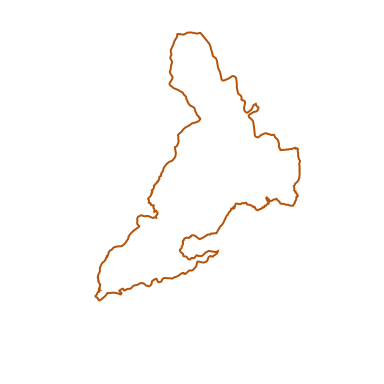 Sucre, Cauca, Colombia, rotated 211°
{"feature_id": "7082276B47769001538338", "entity_name": "Sucre", "entity_type": "district", "adm_level": 2, "iso_a3": "COL", "parent_name": "Colombia", "parent_adm1": "Cauca", "projection": "natural_earth1", "projection_center": [-76.921, 2.071], "detail": "fine", "context": "isolated", "style": "outline", "palette": "amber", "viewbox_px": 384, "rotation_deg": 211, "n_neighbors": 0, "source": "geoboundaries", "source_scale": "gbopen_adm2", "svg_char_len": 6053}
<svg xmlns="http://www.w3.org/2000/svg" viewBox="0 0 384 384"><g transform="rotate(211 192 192)"><path d="M285.8,319.4L285.6,319.3L284.8,317.2L284.8,312.5L283.9,308.6L283.3,302.7L282.4,301.2L280.4,299.3L280.1,296.8L279.8,295.8L275.9,293.2L275.0,289.3L273.7,286.7L272.9,283.5L270.4,281.7L268.3,280.9L267.5,280.1L267.1,277.1L267.3,273.7L266.2,272.3L261.2,271.6L256.6,272.3L251.1,272.4L249.4,271.4L246.2,270.6L244.4,268.6L243.4,268.2L242.6,267.4L239.6,265.6L237.8,265.1L234.6,265.5L233.3,265.3L230.5,262.8L227.3,260.6L225.2,260.3L224.4,259.4L223.4,259.5L222.5,258.9L222.6,257.0L223.0,255.8L224.7,253.5L227.5,250.6L228.5,247.8L230.8,244.1L231.6,241.7L232.1,237.9L233.3,234.5L233.3,233.4L232.1,232.3L231.1,230.4L229.9,229.1L229.2,227.5L228.7,224.5L228.8,223.1L229.8,221.5L225.8,217.0L224.4,213.4L224.9,209.0L226.8,206.4L228.1,203.4L228.6,199.9L228.5,197.4L227.7,195.0L227.9,191.9L226.8,189.9L227.4,189.2L227.7,187.6L226.8,186.8L226.6,185.7L226.9,184.7L226.5,183.6L227.1,183.0L226.9,181.3L227.7,179.4L227.6,178.3L227.9,177.8L227.2,177.2L226.7,174.6L226.7,174.0L227.3,172.8L226.4,172.3L226.4,171.1L225.7,170.6L225.9,169.3L225.5,168.7L225.5,167.3L225.7,165.7L226.2,164.3L226.1,163.5L224.7,162.8L224.4,162.1L223.8,161.5L223.5,160.6L222.7,161.0L222.3,160.7L221.6,160.9L221.2,160.1L220.8,159.9L220.2,160.2L219.1,160.0L218.3,160.7L217.8,160.8L217.1,158.9L216.7,158.4L215.1,157.7L214.5,156.0L214.1,155.6L212.8,157.4L210.8,156.4L210.2,155.5L210.5,152.8L210.2,152.0L209.5,151.5L211.3,150.8L211.9,149.8L212.4,149.5L217.2,148.9L220.6,146.5L223.0,146.2L224.0,145.3L225.4,143.0L225.2,140.8L224.1,139.5L224.0,139.0L222.8,136.8L221.9,136.1L219.7,135.6L219.5,134.8L222.0,129.1L223.0,125.6L223.5,121.2L222.9,120.2L222.6,118.5L223.0,112.8L224.3,109.4L227.9,106.9L230.2,104.7L230.7,103.6L231.1,101.1L232.2,99.4L232.2,97.0L231.4,94.2L232.0,93.2L231.2,92.7L231.8,91.2L231.3,89.5L231.6,86.9L232.0,86.2L232.4,84.1L231.9,79.6L230.0,76.4L229.7,72.8L229.4,71.7L228.9,71.2L228.9,70.3L227.8,69.7L227.4,68.5L227.1,68.2L226.2,67.8L226.0,66.8L223.1,65.5L222.4,63.5L221.7,62.5L222.1,61.6L222.0,61.1L221.3,61.2L221.1,60.5L220.2,60.3L221.1,59.4L221.0,59.2L220.4,59.3L220.3,59.1L220.4,58.6L220.8,58.4L220.8,57.8L221.1,57.2L220.8,54.9L221.2,53.1L220.9,52.7L218.3,52.5L216.5,51.4L215.8,51.3L215.0,51.9L213.6,55.6L212.6,58.8L212.5,61.9L211.0,62.5L209.5,63.8L207.0,65.6L203.6,66.8L200.3,67.5L200.1,68.5L200.6,69.2L203.0,69.5L203.4,69.8L203.3,70.5L201.7,73.4L200.9,73.5L199.7,72.7L198.9,72.9L197.7,75.3L194.8,77.6L194.2,80.6L193.4,82.1L190.5,84.9L189.7,86.8L188.5,87.8L186.5,88.8L183.3,88.2L180.1,89.1L179.4,90.9L179.3,91.9L180.3,95.0L179.5,97.0L178.4,98.9L177.4,99.2L175.3,97.6L174.0,97.5L172.2,99.4L172.5,102.1L171.4,104.1L164.3,107.7L163.4,109.5L161.7,111.4L160.5,113.4L158.7,117.4L157.9,118.2L157.0,118.3L156.4,117.8L155.4,118.6L154.0,123.3L152.0,124.4L151.0,125.8L150.1,130.0L150.4,131.6L151.4,134.3L151.3,135.3L150.1,135.9L145.9,137.3L144.1,139.2L143.7,140.5L143.6,141.7L144.1,143.6L144.1,145.2L143.2,146.6L140.9,147.2L140.8,148.1L139.1,151.7L139.0,153.6L139.3,154.6L140.2,153.3L141.1,152.6L147.3,150.1L149.2,147.0L150.0,143.5L150.6,142.4L151.4,141.6L153.8,140.4L155.4,140.2L156.1,136.5L156.5,136.0L157.8,135.7L158.5,135.2L158.8,133.3L159.5,132.8L161.0,132.7L162.4,133.4L163.9,133.6L166.1,132.6L166.9,133.2L167.7,134.4L170.1,134.5L171.9,135.3L172.5,136.0L172.5,137.0L172.0,138.4L172.6,139.7L172.9,142.8L173.2,143.3L173.6,143.4L173.8,144.2L174.6,145.5L174.2,146.9L174.6,147.6L174.0,149.2L173.5,149.8L170.9,151.1L170.7,151.6L170.8,152.4L170.0,153.2L170.2,154.0L169.9,154.7L168.6,155.6L167.5,156.0L165.6,156.0L162.3,155.5L161.0,155.6L159.1,158.4L156.5,163.7L155.6,164.4L154.6,164.7L154.3,166.2L153.2,166.7L151.3,168.4L149.9,169.1L149.8,170.6L150.1,173.5L149.8,174.5L150.2,176.1L149.3,180.1L149.3,182.1L150.1,189.5L149.6,190.9L149.9,193.8L149.4,195.1L149.3,196.6L149.8,197.8L149.1,198.0L148.9,198.9L148.4,198.9L148.3,199.4L147.8,199.4L147.4,199.8L147.6,200.6L148.6,201.0L147.9,202.0L148.5,204.4L147.4,205.3L144.5,206.2L142.9,208.7L141.5,209.1L140.2,210.6L139.7,210.6L138.5,209.8L137.9,209.7L136.5,210.5L135.2,210.9L132.5,211.1L131.6,210.6L130.7,211.5L128.5,210.1L126.2,210.1L125.3,211.9L123.7,213.6L123.7,215.2L122.6,215.5L122.3,216.2L122.6,217.7L121.6,218.2L121.2,220.6L120.3,221.4L120.8,222.1L124.8,224.6L125.3,225.2L125.2,225.8L124.3,225.8L123.4,224.9L122.3,225.3L121.1,224.2L120.5,224.0L120.1,224.8L119.1,225.6L117.8,228.1L116.8,228.4L116.1,229.7L114.5,229.1L112.1,228.7L110.8,227.9L109.7,227.8L107.4,229.0L104.9,229.5L103.2,230.5L101.0,230.8L98.4,232.2L98.2,232.6L98.5,234.1L98.2,235.4L98.8,236.7L98.7,239.0L100.1,241.7L100.0,242.0L99.3,242.1L99.2,242.6L99.5,243.4L100.4,244.1L101.5,244.4L102.1,244.9L103.0,244.8L103.6,246.0L104.5,245.7L105.1,245.9L106.6,248.4L107.8,249.4L107.6,251.0L107.8,252.4L107.0,254.8L106.8,257.2L107.6,260.0L109.6,264.0L110.8,265.4L111.2,266.8L112.2,267.8L112.7,269.0L114.6,271.3L115.4,274.2L117.8,275.7L118.9,277.0L119.6,277.3L120.5,279.3L122.8,282.0L123.3,283.3L124.6,283.5L125.4,282.6L126.1,283.1L126.4,283.0L128.0,281.0L131.6,277.9L137.7,273.5L138.7,274.4L139.6,274.5L140.3,275.4L141.0,275.6L142.1,278.1L145.3,280.8L146.1,281.2L148.6,281.5L151.2,283.3L153.3,281.6L155.6,281.4L156.9,280.8L158.1,280.8L159.3,280.1L159.9,279.6L162.2,276.3L163.2,273.1L164.8,272.3L166.1,272.3L167.3,272.9L171.5,278.6L175.7,283.7L176.8,284.5L179.9,285.3L180.9,285.2L182.2,285.9L182.8,286.8L182.6,288.1L180.3,292.4L178.3,294.2L177.9,295.1L177.9,297.2L178.6,298.7L181.1,299.0L182.7,300.4L183.9,298.4L183.5,293.4L185.0,289.3L185.8,288.1L187.9,288.3L189.6,289.2L190.8,291.1L192.3,295.7L193.7,297.1L195.2,297.0L196.2,296.5L197.3,296.7L197.5,297.7L198.8,299.2L200.3,299.8L202.9,300.1L203.7,300.7L207.6,304.8L208.2,306.2L211.4,310.7L213.2,312.6L214.7,312.9L216.1,312.7L217.1,312.2L219.1,308.0L222.0,304.1L222.9,303.4L224.5,303.6L229.7,309.2L233.6,311.8L238.1,317.2L239.3,318.2L240.6,319.0L243.9,319.2L252.2,327.2L253.8,328.1L266.6,332.7L267.1,332.5L269.4,330.3L274.9,328.3L277.8,326.4L280.2,322.6L285.1,320.4L285.7,319.9L285.8,319.4Z" fill="none" stroke="#b45309" stroke-width="2"/></g></svg>